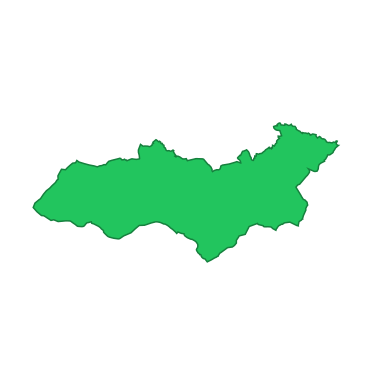 Dorna Candrenilor, Suceava, Romania, rotated 69°
{"feature_id": "2599482B89880311826844", "entity_name": "Dorna Candrenilor", "entity_type": "district", "adm_level": 2, "iso_a3": "ROU", "parent_name": "Romania", "parent_adm1": "Suceava", "projection": "orthographic", "projection_center": [25.224, 47.307], "detail": "fine", "context": "isolated", "style": "filled", "palette": "green", "viewbox_px": 384, "rotation_deg": 69, "n_neighbors": 0, "source": "geoboundaries", "source_scale": "gbopen_adm2", "svg_char_len": 6017}
<svg xmlns="http://www.w3.org/2000/svg" viewBox="0 0 384 384"><g transform="rotate(69 192 192)"><path d="M262.7,202.8L262.3,198.4L261.6,194.4L261.6,192.9L261.3,192.0L261.3,190.6L260.9,190.4L259.1,188.0L258.9,186.8L256.7,178.7L257.8,174.0L257.1,171.5L255.6,168.9L253.0,167.9L250.9,164.9L249.9,163.7L250.6,157.5L244.7,151.0L244.8,142.2L245.5,142.1L246.3,141.5L248.5,138.3L249.0,137.6L249.8,137.6L250.5,136.7L251.7,133.4L252.7,131.2L253.4,130.5L255.1,129.7L257.8,127.4L256.6,126.4L256.3,125.7L255.5,124.7L254.8,123.6L254.5,122.7L254.5,121.8L254.3,120.8L254.2,119.8L254.5,119.3L254.5,118.9L254.3,118.2L254.3,117.7L254.1,117.4L253.9,116.9L255.2,111.4L260.9,106.1L261.7,104.9L261.0,104.7L259.7,103.8L258.6,103.1L258.2,102.8L257.9,102.4L257.7,101.2L257.5,100.1L257.3,99.7L256.8,99.0L256.9,98.4L256.6,98.4L254.1,96.6L249.6,92.1L248.4,91.9L246.5,90.0L245.7,88.7L243.9,88.5L243.1,88.3L242.5,88.3L241.4,88.9L240.4,89.1L239.6,89.9L238.7,90.7L237.5,91.0L236.8,91.1L236.6,91.1L236.3,91.2L236.2,91.3L233.7,91.6L225.1,93.2L224.7,93.2L223.3,90.8L223.3,88.7L218.4,79.8L217.8,78.3L215.8,75.4L215.0,74.9L213.6,74.6L212.2,75.0L216.3,70.8L216.9,69.9L217.2,68.7L217.3,67.6L215.7,65.9L213.5,64.8L212.2,63.8L211.7,63.0L211.2,61.2L210.8,57.2L209.7,57.2L209.6,56.7L209.2,55.5L208.0,54.1L207.5,53.4L206.8,52.7L206.0,52.1L206.7,50.1L206.1,47.5L205.8,46.5L205.3,45.8L204.5,45.2L203.5,43.6L202.3,42.2L201.0,38.6L200.8,39.0L200.1,39.6L198.8,40.1L197.8,39.6L197.0,38.6L196.6,38.2L196.2,38.6L196.1,39.3L196.5,39.6L196.9,40.1L196.7,41.3L196.2,41.7L196.2,41.9L196.1,42.5L196.4,43.3L196.3,43.6L195.9,44.5L195.0,45.7L194.6,47.2L193.4,48.5L191.9,48.6L191.1,48.9L190.2,49.3L189.9,49.9L189.5,50.2L189.2,51.1L188.8,51.5L188.0,52.1L186.9,52.3L185.9,53.1L186.5,55.5L184.3,56.2L183.9,56.2L183.3,55.7L183.0,55.6L181.1,58.5L181.2,60.0L181.1,60.3L180.9,60.8L181.4,60.9L181.3,61.2L180.6,61.4L180.1,61.4L179.7,61.5L178.7,62.3L178.9,63.3L178.3,63.9L177.6,64.9L177.1,66.2L176.2,67.4L176.8,68.0L175.3,69.0L173.8,69.6L173.0,70.6L171.5,71.7L170.7,72.2L169.8,71.8L167.7,72.3L167.1,73.5L166.8,74.4L165.6,74.9L164.3,75.1L164.7,76.2L164.7,77.1L164.6,77.8L163.8,78.7L162.4,79.9L161.8,80.9L162.9,81.4L162.8,82.0L162.5,82.5L161.8,83.8L161.3,84.9L159.5,84.9L158.9,85.7L159.0,86.9L159.3,87.6L159.5,88.4L160.7,88.6L160.2,90.2L160.1,92.3L161.6,92.6L163.6,91.8L164.8,90.5L166.1,88.0L171.6,88.2L171.5,90.0L170.7,91.5L171.7,91.9L173.3,91.2L173.8,93.0L174.6,94.5L174.9,94.8L176.5,95.3L176.9,96.7L178.6,98.6L177.3,100.0L177.9,100.2L178.2,100.6L179.2,101.0L179.2,101.5L179.7,101.3L180.1,102.4L179.3,102.5L179.1,104.0L178.0,103.7L177.9,104.2L178.5,105.6L179.0,108.2L179.7,109.3L180.4,111.8L180.9,112.9L180.8,113.3L180.9,113.8L180.5,114.5L180.5,114.8L180.5,115.2L180.5,115.7L180.6,116.3L180.4,116.6L179.9,117.1L179.3,118.2L180.0,118.7L181.4,119.1L181.2,119.9L180.9,120.5L182.3,121.1L182.9,121.3L182.8,121.8L182.7,122.1L184.5,123.3L184.5,123.6L183.9,124.4L182.9,124.8L182.0,124.8L181.3,124.5L179.2,124.9L176.4,124.7L175.2,124.8L174.5,124.9L172.2,125.9L172.3,126.8L172.3,128.0L172.4,128.8L172.2,129.5L172.2,130.3L175.3,133.6L174.9,134.1L175.3,134.9L176.3,137.1L176.7,137.3L177.8,137.0L179.1,136.1L180.4,135.8L182.2,136.0L182.4,136.1L180.9,137.8L179.7,139.3L179.7,140.9L179.2,147.2L177.8,154.0L178.1,155.8L179.3,156.5L180.5,157.5L180.9,159.1L180.1,160.8L179.9,163.7L180.2,164.6L180.3,165.5L179.3,165.7L178.1,165.2L176.7,165.3L175.4,165.4L174.4,165.8L172.9,166.4L171.8,167.3L165.6,169.4L164.9,170.2L162.3,176.3L161.1,185.1L158.8,185.4L158.4,187.4L157.7,188.9L156.9,189.5L155.2,190.6L153.6,192.2L153.3,192.8L153.3,193.7L153.5,194.4L152.5,195.1L152.3,193.9L150.6,194.5L149.5,194.6L148.8,194.8L148.5,194.9L146.8,194.7L146.8,194.3L146.2,194.5L146.0,195.0L146.2,195.6L146.4,196.5L146.3,197.4L145.7,198.0L145.1,198.7L144.9,199.8L144.5,200.6L143.6,201.2L142.3,201.2L141.4,201.1L140.7,201.7L139.9,202.0L139.0,201.6L138.2,201.5L137.6,202.2L135.9,202.5L135.9,203.3L134.8,203.8L134.3,203.4L133.0,204.1L133.2,205.1L130.6,206.6L130.3,206.9L130.5,207.6L131.6,210.7L132.8,210.6L133.0,212.0L134.1,212.7L134.5,214.9L134.4,215.5L133.4,216.8L132.2,219.5L131.7,221.3L129.1,223.0L133.6,227.0L135.8,227.8L138.8,228.1L142.1,229.0L142.2,229.5L141.7,232.0L140.8,233.9L139.5,236.2L139.4,237.7L139.5,241.5L138.7,241.7L138.3,242.7L137.2,243.2L137.3,244.7L136.8,246.0L135.8,246.4L135.2,246.5L134.6,247.4L134.5,249.0L133.7,255.6L133.5,258.7L134.3,260.4L135.7,262.8L134.9,264.3L135.0,266.9L134.5,268.7L134.6,271.4L132.6,274.0L130.0,278.2L127.0,282.3L123.5,286.8L121.3,288.2L123.0,290.2L122.3,293.1L123.5,296.6L124.7,299.7L125.9,302.1L124.0,305.7L127.3,309.6L128.9,311.4L132.1,312.4L132.6,314.0L134.2,316.0L135.9,320.3L137.5,323.6L138.6,327.4L140.9,331.5L144.0,335.9L144.4,337.6L146.1,342.6L149.6,345.8L154.9,343.8L160.0,341.0L161.1,338.8L168.0,333.8L168.4,331.0L171.6,327.6L173.7,320.1L175.1,316.7L175.8,315.7L177.1,314.9L178.8,313.8L180.3,312.7L182.8,311.3L183.3,310.6L183.7,309.7L184.0,309.1L184.8,307.4L185.1,306.4L185.2,305.3L184.5,303.8L183.7,302.5L183.1,301.2L183.5,299.2L183.5,297.9L183.8,296.7L184.5,296.9L185.3,296.8L186.6,295.1L190.6,291.5L191.8,290.7L192.8,290.2L193.9,289.9L195.6,288.8L196.5,288.5L197.7,288.9L198.8,288.6L202.3,287.0L203.4,286.4L204.5,285.3L205.9,283.4L207.2,281.5L209.2,277.9L209.5,277.2L209.6,276.3L209.4,275.2L208.5,271.5L208.2,263.5L206.1,258.4L204.3,253.3L206.0,248.2L206.3,241.0L206.8,236.8L207.3,235.4L208.5,233.3L209.5,232.0L211.7,229.9L212.4,228.5L214.6,226.7L216.4,225.6L217.9,224.9L220.1,223.4L223.3,221.8L225.2,221.1L224.3,219.5L226.8,216.8L228.2,214.4L229.0,214.6L230.1,214.5L231.0,214.0L233.0,212.7L235.5,210.2L236.0,209.4L236.3,208.7L237.3,208.0L237.9,207.4L239.2,206.5L240.0,206.1L240.8,205.8L242.1,205.6L243.0,205.4L244.8,206.0L246.1,206.9L246.2,207.2L247.1,208.3L247.6,208.6L248.7,208.6L249.8,208.3L250.4,208.3L251.1,208.1L251.3,208.0L252.0,207.5L252.6,207.3L253.3,207.2L253.4,206.5L253.7,206.3L254.1,206.2L255.1,206.4L255.6,206.3L256.3,206.2L257.2,205.8L258.2,205.2L259.1,203.9L259.6,203.7L260.0,203.6L262.7,202.8Z" fill="#22c55e" stroke="#15803d" stroke-width="1.5"/></g></svg>